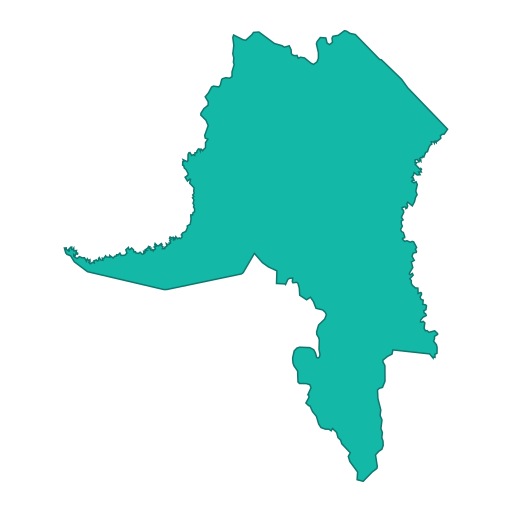 Quevedo, Los Rios, Ecuador
{"feature_id": "8360857B67101317912818", "entity_name": "Quevedo", "entity_type": "district", "adm_level": 2, "iso_a3": "ECU", "parent_name": "Ecuador", "parent_adm1": "Los Rios", "projection": "natural_earth1", "projection_center": [-79.508, -1.068], "detail": "fine", "context": "isolated", "style": "filled", "palette": "teal", "viewbox_px": 512, "rotation_deg": 0, "n_neighbors": 0, "source": "geoboundaries", "source_scale": "gbopen_adm2", "svg_char_len": 6028}
<svg xmlns="http://www.w3.org/2000/svg" viewBox="0 0 512 512"><path d="M233.6,35.0L232.8,37.6L233.8,45.4L232.8,53.9L233.8,57.9L233.4,62.3L234.2,64.5L232.0,71.9L232.0,76.6L229.5,78.2L225.9,77.7L222.7,78.6L221.7,79.4L220.3,85.1L218.8,86.9L213.4,86.1L211.6,87.0L208.4,93.0L205.2,96.8L208.2,101.8L208.1,105.2L203.9,108.6L200.9,113.3L200.8,115.1L206.0,120.3L208.2,125.6L204.7,135.4L205.2,138.1L207.9,139.2L205.5,142.6L205.5,147.7L202.8,150.2L203.1,151.3L201.2,149.1L200.6,149.2L200.3,151.0L199.6,149.1L198.4,148.9L196.9,151.1L196.7,152.7L195.0,152.7L194.7,155.4L193.5,154.6L191.7,155.5L189.9,152.5L188.9,152.8L188.1,154.3L187.9,160.6L187.2,161.6L183.1,159.7L183.8,161.4L182.8,161.6L182.6,165.2L183.7,165.6L184.3,168.1L186.0,169.5L188.1,173.4L187.9,175.2L185.1,177.2L187.5,181.1L189.7,179.1L190.5,179.3L189.7,183.2L194.1,187.8L193.7,191.2L194.2,193.3L192.7,195.0L193.8,196.5L192.5,197.7L194.0,199.9L193.0,203.4L194.2,205.1L193.5,206.9L194.6,208.9L194.5,211.9L193.1,212.5L192.6,214.9L190.8,214.9L191.0,219.7L190.2,224.2L187.2,226.0L187.5,227.6L185.7,231.5L182.6,232.9L181.3,234.9L182.0,235.3L181.9,237.3L180.4,238.6L179.3,237.9L177.5,238.7L175.8,236.7L175.3,238.5L174.2,237.9L174.6,239.7L173.5,240.0L173.2,237.3L171.5,237.7L170.1,237.0L169.5,238.6L170.8,239.5L169.7,240.7L170.4,241.5L170.4,243.2L169.1,243.0L169.2,244.2L167.9,244.7L166.3,243.6L166.9,246.1L164.8,247.3L164.8,248.6L162.4,248.7L163.0,246.8L161.1,245.3L161.9,244.6L161.0,244.0L161.9,243.0L158.7,245.7L157.2,245.7L155.1,243.5L154.7,244.8L155.8,246.3L154.1,247.0L155.3,248.3L155.1,249.4L153.9,249.6L153.2,251.0L152.2,249.6L151.1,250.3L150.2,249.1L151.0,248.2L148.6,248.0L149.8,246.8L148.6,246.4L147.7,248.1L145.3,249.8L146.8,250.6L143.8,251.2L145.1,252.6L144.4,253.1L143.8,252.4L143.7,253.8L142.3,254.3L140.1,252.2L138.5,253.4L136.0,253.0L135.5,251.7L134.0,252.0L133.5,249.8L131.6,248.0L129.9,249.7L128.6,248.8L128.4,247.5L125.8,249.8L126.9,253.1L124.9,255.2L121.2,255.5L119.9,253.1L118.1,254.9L116.6,254.7L116.4,256.0L114.8,256.2L113.1,258.0L109.8,255.5L109.9,257.2L106.4,257.0L105.6,255.8L103.8,258.5L102.3,258.2L102.9,260.3L100.7,260.0L99.2,257.6L98.5,258.7L98.5,260.6L97.1,260.9L96.3,259.9L93.8,260.9L94.2,262.9L92.8,262.3L90.2,263.8L89.0,262.5L90.1,261.8L89.9,259.7L88.6,260.6L87.3,258.8L86.3,261.2L84.5,257.7L82.4,257.9L79.4,256.6L77.1,258.6L73.8,256.4L73.7,254.6L75.1,255.7L76.1,253.8L77.5,254.2L77.7,253.2L76.1,252.5L76.5,250.5L73.8,250.8L73.7,248.3L72.9,249.6L71.6,249.5L71.8,247.1L70.8,247.1L68.3,249.8L69.3,250.4L69.0,251.2L66.3,249.5L66.3,247.9L64.4,248.0L65.7,252.8L67.0,254.4L70.6,255.8L74.3,261.8L87.5,271.7L164.1,289.6L166.9,289.5L241.5,273.9L243.2,272.6L254.4,253.4L262.4,262.6L268.4,266.9L276.9,270.9L276.5,283.5L284.7,283.9L285.5,284.6L287.9,279.3L289.7,278.3L292.7,278.1L292.3,281.6L292.9,282.8L296.7,282.3L298.0,283.5L299.3,288.2L299.7,295.2L306.6,299.8L310.4,297.2L313.4,301.5L316.0,308.3L322.6,309.9L325.0,312.0L326.4,314.6L324.7,319.1L318.6,325.0L316.6,331.9L316.8,334.5L318.7,337.6L319.3,340.3L319.0,349.2L320.0,354.7L319.4,357.0L318.1,358.0L316.7,357.5L315.4,352.8L313.7,349.7L309.8,347.6L299.6,347.2L296.9,348.1L294.2,350.9L292.6,358.1L293.0,363.0L293.9,365.7L297.6,371.0L298.0,382.0L299.5,383.5L306.4,383.6L309.9,384.8L311.0,387.8L307.8,394.8L308.7,395.1L309.0,397.3L305.9,403.0L308.6,405.6L310.0,406.0L312.6,411.7L316.4,416.3L318.7,424.1L321.0,427.6L325.5,429.2L328.9,429.2L331.2,430.8L332.5,428.5L336.6,432.4L338.0,437.6L340.6,440.1L341.8,443.8L350.3,452.8L348.3,456.4L349.9,461.6L357.6,472.0L357.1,479.7L363.2,481.3L372.0,472.2L376.9,468.4L377.3,466.5L375.5,454.9L378.8,451.3L381.8,449.3L383.2,445.5L383.0,441.0L381.8,437.7L382.4,432.6L380.9,428.5L382.0,420.0L380.1,415.5L380.8,410.0L377.9,398.5L377.5,390.0L379.3,388.3L382.5,387.4L385.0,381.2L384.9,365.7L383.0,362.0L382.9,360.2L387.5,356.4L392.0,354.1L392.9,349.9L429.6,353.9L433.1,358.1L433.2,357.1L435.0,357.4L434.9,354.3L437.0,353.3L437.1,347.5L436.4,344.7L433.6,341.2L434.5,338.8L434.5,336.4L437.6,334.4L437.6,333.6L434.7,330.8L428.9,332.3L427.1,330.6L425.5,330.8L424.1,328.4L424.8,322.8L423.1,321.3L421.6,322.2L420.5,321.9L420.7,320.0L422.9,317.3L426.3,315.5L425.6,313.7L424.1,312.9L423.8,310.7L425.9,309.7L426.5,305.8L425.7,304.9L422.8,304.2L423.2,300.1L421.1,299.5L420.1,297.0L421.5,294.6L421.4,292.9L420.6,292.5L418.1,293.5L417.9,288.1L415.3,287.9L412.3,285.2L411.3,283.3L411.3,280.5L409.8,278.9L413.2,275.1L412.3,273.4L410.3,274.7L409.4,274.2L409.4,273.2L412.8,267.5L411.3,262.0L414.3,260.4L412.1,256.5L412.3,255.4L413.2,253.1L416.3,252.4L416.5,251.5L415.4,249.2L416.6,247.4L413.6,241.8L412.1,241.4L410.2,242.2L406.9,240.7L404.7,241.4L402.5,239.2L402.6,238.4L404.7,237.7L404.6,236.4L403.4,232.6L401.3,231.3L400.6,229.4L402.4,226.1L401.4,224.0L401.3,221.0L403.1,219.9L401.4,217.3L403.7,212.5L403.5,210.4L402.1,209.2L402.1,207.6L404.9,206.8L405.8,207.5L405.9,208.6L406.9,208.1L407.7,206.0L406.8,203.8L407.8,202.2L412.3,205.9L414.5,201.7L415.6,197.2L417.1,194.8L415.8,191.0L417.3,184.6L416.1,181.8L414.0,182.9L411.7,181.5L412.5,180.3L414.1,180.5L413.2,177.9L411.7,177.4L413.4,175.4L414.1,172.6L417.2,175.0L420.1,174.7L418.6,172.0L421.3,172.0L420.6,170.7L421.5,169.2L420.8,168.4L420.3,169.1L419.5,168.8L415.3,164.4L416.8,162.6L415.0,162.6L415.2,159.8L417.4,159.5L418.9,161.9L419.9,160.1L420.9,161.2L420.8,159.8L419.6,158.8L420.6,157.6L421.9,157.9L422.6,156.4L423.8,157.1L425.6,152.5L427.5,151.6L428.8,147.5L430.2,145.1L431.8,144.2L431.3,141.8L434.0,142.1L434.4,143.2L435.0,141.3L436.2,142.5L436.1,141.2L437.4,141.1L440.8,138.3L440.4,135.7L442.1,134.4L444.2,134.1L447.6,129.2L407.8,87.9L401.6,79.3L381.3,59.7L379.7,59.5L355.3,34.5L350.1,33.4L346.4,31.1L344.4,30.7L338.3,35.3L332.9,36.3L332.0,38.1L332.5,42.3L329.5,44.6L327.1,43.1L325.8,37.9L320.3,37.5L317.1,41.6L316.4,43.8L318.4,52.7L318.4,58.4L316.9,62.0L313.5,64.4L310.8,63.1L304.5,57.9L300.5,57.2L298.2,58.2L297.0,55.4L294.7,55.7L292.2,54.8L291.3,53.3L291.1,49.8L289.2,45.8L284.4,47.2L282.1,45.7L274.4,43.5L258.9,32.0L253.5,32.4L251.8,34.8L245.8,40.2L243.2,39.8L233.6,35.0Z" fill="#14b8a6" stroke="#0f766e" stroke-width="1.5"/></svg>